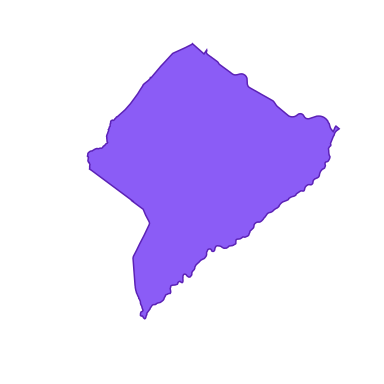 outline of Capital, Tucumán, Argentina, rotated 25°
{"feature_id": "61730980B8317426780894", "entity_name": "Capital", "entity_type": "district", "adm_level": 2, "iso_a3": "ARG", "parent_name": "Argentina", "parent_adm1": "Tucumán", "projection": "orthographic", "projection_center": [-65.196, -26.847], "detail": "fine", "context": "isolated", "style": "filled", "palette": "violet", "viewbox_px": 384, "rotation_deg": 25, "n_neighbors": 0, "source": "geoboundaries", "source_scale": "gbopen_adm2", "svg_char_len": 5953}
<svg xmlns="http://www.w3.org/2000/svg" viewBox="0 0 384 384"><g transform="rotate(25 192 192)"><path d="M298.7,72.5L294.6,71.4L294.5,71.5L294.3,73.2L294.5,76.6L294.4,77.6L293.8,77.3L292.9,77.0L292.3,76.5L290.9,75.9L289.5,74.5L287.4,72.0L286.3,71.5L284.8,70.1L284.2,70.0L283.4,69.4L280.7,68.7L278.8,68.6L276.7,68.9L275.0,69.5L273.1,70.5L266.9,76.3L265.8,76.8L264.4,77.1L263.6,77.0L262.4,76.6L260.2,75.2L258.9,74.9L257.6,75.0L256.5,75.6L255.9,76.0L255.5,76.5L254.2,78.9L253.6,79.7L252.7,80.6L250.8,81.7L249.2,82.1L247.5,82.2L233.1,78.4L231.9,77.9L228.4,75.8L227.0,75.2L200.5,73.1L198.8,72.8L198.1,72.4L196.9,71.3L196.4,70.6L194.1,66.3L193.7,65.6L192.2,64.4L190.9,63.8L189.3,63.6L188.4,63.6L187.4,63.8L185.7,64.7L183.4,66.6L182.3,67.3L181.5,67.7L180.5,68.0L179.0,68.0L163.2,64.8L161.9,64.3L161.2,63.7L160.2,63.2L148.6,60.9L147.5,60.6L146.2,59.7L145.8,59.3L145.7,58.8L145.8,57.8L145.3,57.1L144.5,61.8L129.7,57.4L129.7,57.7L129.3,58.5L124.6,64.4L116.9,73.4L116.0,74.5L115.7,75.3L112.3,86.0L110.6,91.1L106.7,105.6L106.2,105.6L105.9,105.8L106.0,106.3L106.2,106.6L105.4,109.1L104.6,110.8L102.9,114.2L102.4,115.8L102.5,116.7L101.9,120.8L101.3,126.0L98.9,138.0L96.6,145.8L92.5,155.4L91.9,155.8L91.6,157.4L91.2,158.1L91.2,158.9L90.9,159.7L90.6,160.2L90.3,160.4L90.2,160.5L89.7,160.4L89.4,160.5L88.6,161.6L88.5,162.5L88.9,163.5L89.2,164.2L89.1,164.6L89.1,165.0L89.7,166.2L89.8,166.8L90.0,167.1L89.9,167.7L89.7,167.9L89.6,168.1L90.0,169.2L89.9,169.8L90.0,170.4L89.8,170.9L90.3,171.3L90.5,171.6L90.6,172.4L90.5,173.2L90.8,174.5L90.7,175.5L91.0,177.5L91.2,177.9L91.6,178.3L92.1,179.4L92.8,180.5L93.6,182.0L94.6,182.8L94.6,183.5L93.8,184.4L93.3,185.9L93.2,186.9L92.6,187.5L92.3,188.0L92.2,188.5L92.2,189.5L91.4,190.7L90.3,191.0L88.8,192.4L88.3,192.6L87.7,192.6L87.3,192.8L86.8,193.4L86.2,193.8L85.9,194.4L85.5,194.7L85.4,195.1L85.0,195.5L84.1,197.0L83.2,197.5L82.4,198.3L81.9,199.4L81.5,200.0L81.4,201.2L82.0,202.9L82.0,203.5L82.3,204.0L83.0,203.9L83.7,204.7L83.7,205.3L84.3,206.8L84.2,207.1L85.1,208.4L85.3,208.5L85.6,208.4L86.0,208.9L86.3,209.1L86.6,209.0L87.0,209.5L87.9,210.2L88.4,212.1L88.8,212.5L88.9,213.1L89.2,213.4L89.4,214.5L92.0,214.9L142.0,225.2L141.6,225.5L155.1,228.3L159.7,232.5L165.9,237.2L166.8,238.4L167.0,239.9L166.9,251.6L166.5,260.9L166.4,268.1L166.1,275.1L166.5,276.9L179.8,300.6L180.5,301.6L180.9,302.4L182.0,304.0L183.0,305.3L183.5,305.7L183.7,306.1L184.5,307.0L185.3,307.6L187.0,309.2L188.1,309.9L188.6,310.8L188.9,311.1L189.7,311.4L190.3,312.0L191.1,312.7L191.9,313.7L192.1,314.3L192.3,314.6L193.3,315.7L194.8,316.8L195.8,318.2L196.5,318.8L197.6,319.9L197.5,321.0L197.3,321.4L196.8,321.8L196.5,322.3L196.5,322.7L196.6,323.6L197.3,325.4L197.5,325.7L198.5,325.9L199.2,325.4L199.7,325.4L201.2,326.5L202.2,326.8L202.7,326.9L203.1,326.4L203.2,325.5L202.8,323.6L202.9,322.3L202.4,321.1L202.4,320.5L203.4,315.7L203.2,314.9L203.4,314.0L203.8,311.4L204.5,310.5L206.3,309.5L206.8,308.9L206.7,308.6L206.9,308.3L207.4,307.6L208.1,306.9L209.8,305.6L210.7,304.2L211.6,302.3L211.8,301.2L211.8,300.6L211.6,299.9L211.8,297.6L211.8,297.2L211.6,296.9L211.8,296.3L212.0,295.9L212.7,295.3L213.4,294.3L214.8,293.2L215.1,293.1L215.1,292.9L215.1,292.0L214.6,290.9L213.0,288.7L212.9,287.4L212.6,286.7L212.5,286.2L212.7,285.7L213.2,285.3L213.3,284.9L216.0,283.4L217.7,281.8L217.8,280.9L217.5,280.0L218.0,279.0L218.5,278.3L219.3,278.0L220.2,278.4L220.3,278.3L220.7,278.4L221.0,278.4L221.4,278.3L221.7,277.5L221.4,276.4L219.9,273.5L219.9,273.1L219.6,272.7L219.3,271.9L219.2,271.0L219.4,270.1L219.7,269.8L220.1,269.5L221.1,269.3L221.8,269.5L222.8,270.1L224.8,270.5L225.6,270.2L226.1,269.9L226.2,269.7L226.5,268.7L226.8,267.2L225.9,265.0L226.1,263.4L226.8,261.3L226.7,259.8L226.3,258.7L226.5,256.2L226.9,255.4L227.1,254.6L227.9,253.0L228.1,252.2L228.4,251.4L228.5,250.9L228.8,250.1L229.5,249.3L229.8,248.6L230.4,248.1L231.2,247.1L231.5,246.2L231.9,244.3L231.8,242.8L231.1,241.4L230.7,240.3L230.8,238.5L230.7,237.9L230.8,237.3L231.3,236.7L231.8,236.3L232.9,235.9L233.6,236.0L234.0,236.4L234.3,236.4L234.7,237.1L235.9,237.1L236.6,236.7L237.0,236.0L237.1,235.1L236.6,233.4L236.6,232.0L236.7,231.1L237.0,230.6L237.7,230.0L240.1,229.2L241.6,229.1L242.6,229.4L244.5,229.5L245.2,229.3L245.7,228.9L246.5,228.6L247.1,228.1L247.6,227.3L248.2,226.2L248.4,225.4L249.0,224.9L250.1,224.3L250.4,224.0L251.3,223.5L251.7,223.0L252.2,222.5L252.3,222.1L253.4,220.7L253.5,220.2L253.3,219.7L252.9,218.9L252.3,217.4L252.2,216.6L252.7,215.8L253.4,215.3L254.4,214.8L255.5,214.0L256.6,212.3L256.8,211.6L257.0,211.4L257.9,210.9L258.8,210.7L259.5,210.2L260.2,209.3L261.1,208.4L261.6,207.2L261.6,206.6L261.4,205.5L261.5,204.3L261.1,203.1L262.5,199.5L262.9,198.3L262.6,196.9L262.2,195.7L262.2,194.5L262.8,193.1L263.3,192.3L264.6,191.2L265.4,191.1L266.5,190.2L267.3,188.8L268.0,186.8L268.3,184.9L268.7,184.0L269.4,180.1L269.7,179.3L270.5,178.2L271.5,177.5L272.5,176.5L273.2,175.4L274.0,173.3L274.9,171.7L275.8,170.7L276.2,170.0L276.9,168.4L276.9,168.1L276.7,167.6L277.0,166.4L277.1,165.6L277.7,164.0L278.4,162.7L281.3,159.7L282.5,158.2L282.6,157.7L282.4,157.1L283.7,155.0L284.7,153.9L286.1,152.8L286.9,151.8L287.4,151.0L287.3,150.1L287.7,149.0L290.0,145.2L290.5,144.8L291.5,144.5L292.5,144.1L293.0,143.5L293.0,142.3L292.8,141.8L292.6,140.3L292.6,139.7L293.0,138.2L293.7,136.9L294.2,136.3L295.0,135.8L296.6,135.3L297.2,134.8L297.6,134.0L297.8,133.3L297.3,131.3L297.1,130.8L297.1,130.2L297.3,129.4L297.8,128.1L298.3,127.8L298.9,126.9L299.6,126.3L300.4,124.9L300.5,123.9L300.4,123.1L300.0,121.8L299.8,119.8L299.9,118.5L300.6,116.1L301.1,115.7L302.0,114.3L301.8,111.8L300.7,110.4L300.3,109.2L300.4,108.7L300.8,108.1L301.9,107.2L302.4,106.3L302.5,105.4L302.6,103.7L302.3,102.1L302.0,101.5L301.2,101.0L300.2,99.9L299.1,98.1L298.4,96.7L297.8,95.8L297.3,94.8L297.4,93.8L297.5,92.9L297.8,92.1L298.1,91.6L298.1,91.1L298.0,90.7L297.0,89.5L296.6,82.1L296.8,80.3L296.6,79.6L296.5,78.4L296.6,77.0L297.2,75.2L297.9,74.1L298.2,73.2L298.5,73.0L298.7,72.5Z" fill="#8b5cf6" stroke="#5b21b6" stroke-width="1.5"/></g></svg>